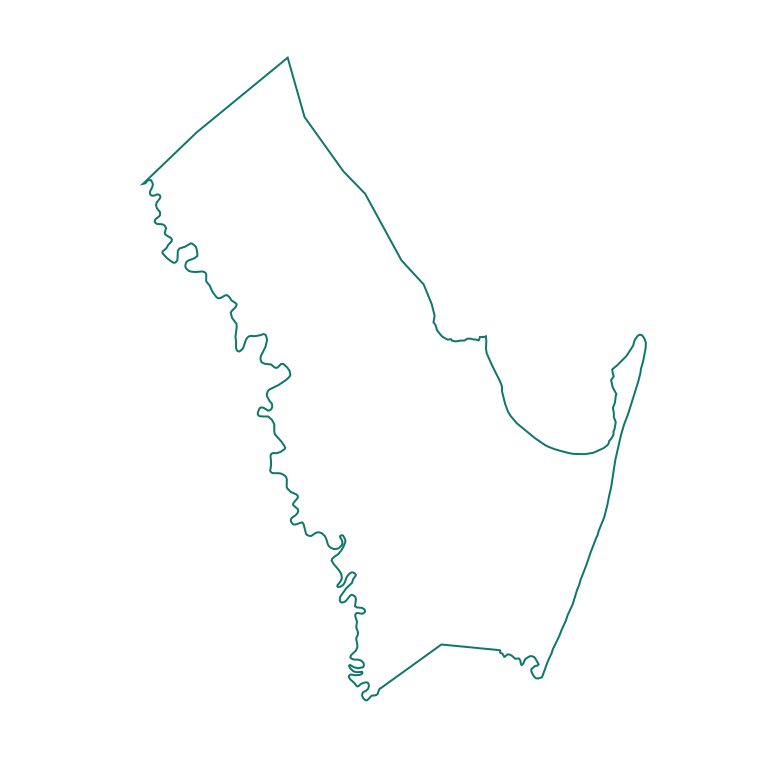 outline of Trujillo, Colón, Honduras, rotated 95°
{"feature_id": "27666195B42436933929514", "entity_name": "Trujillo", "entity_type": "district", "adm_level": 2, "iso_a3": "HND", "parent_name": "Honduras", "parent_adm1": "Colón", "projection": "albers", "projection_center": [-85.893, 15.828], "detail": "fine", "context": "isolated", "style": "outline", "palette": "teal", "viewbox_px": 768, "rotation_deg": 95, "n_neighbors": 0, "source": "geoboundaries", "source_scale": "gbopen_adm2", "svg_char_len": 6164}
<svg xmlns="http://www.w3.org/2000/svg" viewBox="0 0 768 768"><g transform="rotate(95 384 384)"><path d="M662.3,201.0L645.5,196.5L637.5,193.5L633.8,192.8L620.0,187.5L613.4,185.6L603.8,182.2L598.0,180.8L587.6,177.0L572.3,173.7L567.7,172.2L562.4,171.2L546.9,166.7L534.2,163.6L518.6,159.1L516.2,158.1L511.6,157.3L497.6,153.0L484.7,150.9L475.9,150.0L466.8,148.7L440.1,147.0L415.1,143.6L403.8,141.4L392.5,138.2L359.3,130.9L350.6,129.5L346.9,129.4L339.1,127.9L325.5,126.5L320.2,126.7L316.5,128.3L313.6,130.5L312.8,131.6L312.6,133.6L313.7,135.2L317.2,137.5L320.1,138.5L324.0,139.1L335.1,145.0L345.0,153.3L349.5,157.9L353.6,157.0L356.3,155.8L360.4,158.1L367.5,155.8L373.8,151.6L375.1,152.0L382.7,152.4L388.0,153.9L392.8,152.5L396.8,152.2L401.8,149.8L409.6,150.5L411.4,151.3L413.3,151.0L415.2,151.2L418.8,152.9L421.2,154.7L423.9,155.1L425.7,156.3L428.7,159.6L433.8,168.6L434.5,170.3L436.4,177.9L437.1,188.8L436.8,193.0L435.6,200.4L434.1,208.2L432.4,214.1L431.1,217.7L424.9,228.7L411.6,248.2L405.2,254.7L400.9,258.0L393.0,261.7L381.3,265.7L376.1,266.3L371.3,268.6L356.2,277.9L344.6,284.3L339.9,285.5L332.5,285.8L327.6,286.6L328.5,288.8L328.9,292.6L331.9,293.2L332.3,293.7L331.6,296.6L331.9,298.4L331.3,301.5L331.5,304.2L331.9,305.4L333.7,307.6L334.1,311.7L335.3,316.0L335.0,319.8L333.5,321.3L334.3,324.4L332.1,329.4L331.1,330.8L326.1,335.7L320.8,337.8L318.2,340.1L311.6,339.5L300.1,343.5L281.3,353.2L259.3,377.4L196.1,419.4L175.7,443.0L125.0,486.4L67.3,508.4L149.5,592.4L205.6,641.5L204.8,639.1L202.3,637.7L201.7,636.8L201.2,635.2L201.3,633.8L204.0,632.1L205.7,631.6L208.8,632.3L212.2,633.7L214.3,633.8L215.7,633.2L216.5,632.2L216.6,630.6L216.2,628.9L214.9,626.7L214.8,625.5L215.4,624.0L216.5,623.2L218.0,623.1L223.1,626.3L225.8,626.7L228.8,625.5L232.1,622.2L234.9,621.7L236.5,622.5L239.6,625.9L241.1,626.5L242.5,626.5L243.4,625.7L244.4,623.8L244.2,618.8L245.3,616.2L247.9,614.7L252.3,615.6L254.0,615.0L254.7,614.0L257.2,608.8L258.5,607.9L260.4,608.1L264.4,611.2L267.7,612.6L271.1,616.0L272.2,616.2L273.1,616.0L277.4,611.3L280.2,607.0L281.5,604.5L281.4,602.9L280.5,601.7L279.0,600.8L276.9,600.6L269.3,601.0L266.8,599.5L264.4,593.8L260.7,588.7L261.0,587.3L262.5,584.8L263.8,583.4L265.5,582.6L269.4,581.5L272.7,581.1L275.1,583.6L278.2,589.9L279.3,591.2L281.0,591.9L283.4,592.2L284.8,592.0L286.1,591.1L288.1,588.8L288.9,586.0L288.9,581.7L287.7,574.7L288.3,572.3L289.1,571.3L290.4,570.6L296.3,570.2L297.6,569.8L300.9,566.4L307.0,563.0L312.2,558.4L312.9,556.8L312.7,554.6L309.6,550.0L309.2,548.1L310.8,545.7L314.0,543.2L316.4,538.8L317.4,537.8L318.4,537.8L320.1,538.4L324.9,542.3L326.5,542.9L331.4,541.1L336.6,536.5L337.6,536.0L340.6,535.7L350.0,536.1L354.7,535.0L360.8,534.6L363.3,533.5L364.2,532.1L364.2,530.9L363.1,529.5L361.3,527.9L358.9,527.0L352.3,525.5L349.9,524.3L348.5,523.0L347.6,520.7L347.7,517.9L347.4,516.0L346.2,511.6L344.8,508.5L344.8,507.5L345.4,506.3L346.1,505.8L349.1,504.6L351.2,504.4L357.5,505.4L367.3,509.2L370.1,509.2L372.4,508.3L373.5,506.8L374.3,504.4L374.4,498.1L376.9,494.7L377.3,493.3L377.2,492.1L376.5,491.1L373.2,488.5L372.7,486.2L375.9,481.9L379.1,479.2L383.2,478.1L384.6,478.6L386.6,480.1L388.5,481.9L394.3,489.1L399.6,497.9L401.4,499.1L404.1,499.8L406.2,499.6L410.7,496.6L413.5,493.9L416.6,493.3L418.9,494.1L420.2,495.6L420.6,497.2L418.1,502.2L418.1,504.7L418.7,505.4L420.2,506.3L423.6,507.2L425.4,507.0L426.7,505.7L427.0,503.7L426.5,496.5L429.6,492.4L433.7,489.8L440.7,489.2L443.6,488.3L450.2,481.3L454.1,478.1L456.2,476.8L457.6,477.4L460.7,481.2L462.2,484.8L462.5,488.6L463.1,489.7L464.0,490.5L465.8,490.8L470.3,489.9L475.2,489.4L480.3,489.9L481.8,488.7L482.5,487.3L482.0,479.9L482.7,477.2L484.0,474.7L485.5,473.3L487.4,472.5L494.9,472.0L496.4,471.3L499.6,467.6L501.7,461.6L503.0,460.2L504.1,459.9L505.4,460.3L510.0,463.6L511.6,464.2L512.7,463.8L516.2,458.9L517.4,458.4L519.6,458.7L521.0,459.5L522.6,460.8L525.4,464.2L526.9,464.9L528.7,464.9L531.4,462.8L531.8,461.6L531.7,459.8L529.1,454.0L529.3,453.0L530.4,452.0L540.3,448.5L541.1,447.5L541.7,445.7L541.9,444.0L541.5,442.9L538.4,439.2L537.7,437.8L537.4,435.5L538.0,433.1L540.7,429.6L543.7,427.9L548.8,425.9L550.2,424.9L551.6,423.1L552.8,419.7L552.6,417.7L551.7,414.9L548.2,412.0L546.6,411.6L544.9,411.7L542.9,412.6L540.4,414.4L539.6,414.5L538.9,414.1L538.3,412.7L538.6,411.5L542.2,409.2L543.8,408.7L545.7,409.0L549.5,410.2L553.9,412.3L557.4,414.6L559.8,417.7L562.6,420.4L564.4,420.8L567.6,418.6L573.5,412.6L576.2,410.5L578.0,409.7L580.2,409.2L582.2,409.2L585.3,410.6L588.2,412.7L589.4,412.9L590.2,412.2L589.8,410.0L587.6,407.0L584.6,405.6L579.7,404.4L576.6,402.4L575.2,401.0L574.4,399.6L574.5,398.2L575.3,396.5L576.6,395.4L577.7,395.7L581.1,397.7L584.9,398.6L590.8,403.8L599.6,409.0L603.3,409.2L604.6,408.6L605.2,407.7L605.4,406.7L604.5,404.3L603.0,402.7L597.8,399.4L597.0,398.1L596.9,396.9L598.2,394.4L599.7,393.5L601.5,393.2L607.9,393.5L608.9,391.5L609.0,386.2L610.1,384.1L611.4,383.1L613.1,383.3L614.4,384.7L614.8,386.0L614.4,390.4L614.9,391.7L616.1,392.4L617.9,392.4L622.9,390.2L628.6,390.5L633.9,388.2L636.6,388.3L638.2,389.1L640.2,389.5L646.4,387.8L648.5,387.6L652.0,388.7L656.9,393.1L659.0,393.8L660.0,393.2L660.9,391.0L661.1,389.5L660.8,385.7L661.7,382.2L663.7,380.1L665.3,379.6L666.8,379.6L668.0,380.3L669.5,385.3L668.7,389.4L667.0,392.9L667.1,393.9L667.9,394.3L670.4,392.7L672.9,389.4L673.5,386.4L672.7,380.7L673.7,380.3L675.0,381.0L675.9,382.9L676.6,386.7L676.3,391.9L677.4,393.2L678.5,393.7L680.9,392.2L684.7,387.1L687.1,385.1L687.6,384.2L687.3,383.2L684.6,380.6L682.9,376.8L682.8,374.8L683.6,373.5L686.3,372.7L688.9,373.2L691.1,375.1L692.8,377.9L694.3,378.6L696.4,378.7L699.0,377.2L700.5,375.1L700.7,373.6L699.9,372.6L695.6,369.2L694.8,365.1L694.0,364.0L693.1,363.2L689.0,362.3L687.7,361.6L687.4,360.8L638.5,304.1L639.1,245.4L639.6,244.9L641.2,245.0L641.8,244.3L642.3,242.6L645.3,240.5L645.2,240.0L642.8,237.7L642.4,236.2L643.3,233.4L646.3,229.2L645.7,226.6L645.8,225.6L647.4,224.2L651.2,223.1L651.9,222.5L651.5,221.7L650.4,220.9L646.3,219.6L645.3,218.9L642.4,214.9L642.3,212.5L642.9,210.7L643.9,209.6L649.8,205.5L651.2,206.7L652.0,209.2L655.1,212.3L656.5,212.4L658.9,211.5L662.6,208.8L663.9,207.0L663.9,204.5L662.3,201.0Z" fill="none" stroke="#0f766e" stroke-width="2"/></g></svg>